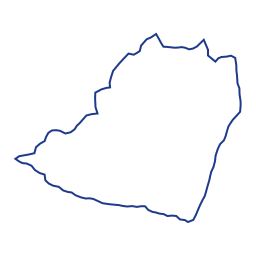 the district of Bastos, São Paulo, Brazil
{"feature_id": "56859067B35884113445684", "entity_name": "Bastos", "entity_type": "district", "adm_level": 2, "iso_a3": "BRA", "parent_name": "Brazil", "parent_adm1": "São Paulo", "projection": "natural_earth1", "projection_center": [-50.751, -21.947], "detail": "fine", "context": "isolated", "style": "outline", "palette": "blue", "viewbox_px": 256, "rotation_deg": 0, "n_neighbors": 0, "source": "geoboundaries", "source_scale": "gbopen_adm2", "svg_char_len": 1669}
<svg xmlns="http://www.w3.org/2000/svg" viewBox="0 0 256 256"><path d="M240.1,111.8L240.6,105.7L240.6,101.4L239.5,93.9L239.4,88.3L237.5,83.3L237.0,75.4L236.4,70.6L236.3,65.1L235.2,57.9L231.0,55.7L226.8,56.6L221.4,57.0L218.3,58.3L215.4,61.6L208.0,55.5L208.0,49.8L203.8,39.8L196.9,46.5L192.9,48.6L189.1,49.3L185.0,47.7L181.6,47.1L177.6,47.6L174.3,47.7L167.0,46.9L163.4,46.7L161.1,43.0L158.9,38.9L156.1,34.0L151.0,37.4L146.6,39.3L141.1,45.6L139.8,51.0L136.6,53.1L133.7,54.7L128.5,53.6L122.7,59.7L119.2,63.5L116.4,66.9L113.1,70.9L110.9,77.7L109.6,82.9L110.1,87.4L106.4,87.9L101.6,89.3L95.3,92.6L95.1,98.5L95.5,107.1L97.5,113.5L91.3,114.2L86.4,115.5L82.6,119.8L80.0,122.8L76.8,125.8L74.6,129.3L70.6,132.3L65.4,133.5L60.0,130.8L56.3,130.2L52.0,130.4L48.4,132.8L46.2,136.7L44.6,141.1L40.0,143.7L36.0,147.2L34.4,153.2L28.8,154.5L23.7,155.4L19.2,156.2L15.4,158.8L19.0,161.4L22.4,163.1L26.6,163.5L31.5,165.7L35.0,170.1L39.6,173.0L44.6,174.6L45.4,180.4L48.9,183.6L52.9,185.6L58.9,186.9L63.1,190.4L67.7,191.9L71.7,192.5L75.6,195.3L81.4,197.5L85.7,198.5L89.3,198.3L93.2,198.9L98.0,201.1L102.5,203.2L108.5,204.1L114.3,204.7L119.0,205.1L122.5,205.9L127.0,206.5L132.3,206.1L136.9,206.9L141.3,206.2L145.1,206.3L148.2,209.9L152.5,211.9L156.0,212.5L159.4,213.6L163.6,214.1L167.4,216.0L172.1,215.6L176.3,216.0L179.9,219.4L185.0,220.1L187.9,222.0L193.3,219.9L195.9,214.9L198.0,209.9L200.0,205.2L202.4,200.3L204.7,196.2L206.0,191.9L207.1,187.7L208.3,183.6L209.4,179.8L210.2,175.9L211.3,171.6L213.4,167.2L215.0,161.2L215.6,155.6L217.9,148.7L220.1,144.1L223.9,140.3L225.6,136.2L227.2,130.4L228.6,126.1L232.6,120.0L236.6,115.7L240.1,111.8Z" fill="none" stroke="#1e3a8a" stroke-width="2"/></svg>